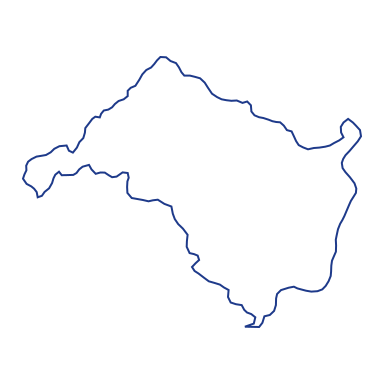 the district of Santana do Paraíso, Minas Gerais, Brazil
{"feature_id": "56859067B5957115857707", "entity_name": "Santana do Paraíso", "entity_type": "district", "adm_level": 2, "iso_a3": "BRA", "parent_name": "Brazil", "parent_adm1": "Minas Gerais", "projection": "mercator", "projection_center": [-42.534, -19.392], "detail": "fine", "context": "isolated", "style": "outline", "palette": "blue", "viewbox_px": 384, "rotation_deg": 0, "n_neighbors": 0, "source": "geoboundaries", "source_scale": "gbopen_adm2", "svg_char_len": 2599}
<svg xmlns="http://www.w3.org/2000/svg" viewBox="0 0 384 384"><path d="M176.0,63.1L170.5,61.0L166.1,57.3L160.4,57.0L157.0,60.4L154.2,64.1L151.1,67.5L146.3,70.0L142.3,74.4L139.4,79.6L135.4,85.8L130.7,87.8L127.7,90.8L127.7,96.1L123.7,99.3L118.6,101.0L114.9,104.0L112.1,107.3L108.3,109.6L103.8,110.5L101.1,113.8L99.8,117.4L95.3,116.7L92.3,118.9L89.3,122.9L85.3,128.1L84.9,132.7L83.3,138.1L79.4,142.1L76.9,147.6L72.9,152.6L68.9,150.7L66.6,145.5L59.4,146.2L54.3,148.8L50.7,152.3L46.0,155.0L41.4,155.8L36.5,156.6L31.5,159.1L28.1,161.7L26.2,165.7L26.4,170.3L24.4,174.5L23.0,178.7L26.6,183.9L31.3,186.4L34.1,188.7L36.7,192.1L37.7,197.3L41.9,195.8L44.6,191.9L49.1,188.3L52.1,183.0L53.5,178.3L55.3,174.7L59.0,171.7L61.7,175.2L66.8,175.1L73.3,174.9L76.5,173.0L79.2,169.4L82.6,166.7L89.0,164.9L91.5,169.4L95.7,173.8L100.4,172.5L104.8,172.6L108.7,175.2L112.1,177.2L116.6,176.6L122.6,172.4L127.7,173.0L128.7,177.8L127.4,181.4L127.1,187.0L127.4,192.9L131.7,198.0L142.9,200.0L148.5,201.3L152.9,200.3L157.8,199.7L164.4,203.9L171.4,206.5L172.8,213.7L174.8,219.1L178.2,224.1L182.9,228.6L187.6,234.8L186.9,241.2L186.7,246.8L189.6,253.1L194.0,254.1L197.7,255.6L199.1,260.0L195.6,263.2L192.0,267.0L194.6,271.0L198.5,273.5L204.5,278.1L208.8,281.3L214.4,282.9L219.9,284.6L224.0,287.5L228.6,290.0L228.0,297.0L230.7,302.5L235.9,304.2L241.7,305.1L244.2,309.8L247.0,312.5L251.3,314.1L255.3,317.3L253.8,323.6L244.9,326.7L259.1,327.0L262.4,322.8L264.4,316.3L269.8,315.0L274.1,310.9L275.9,305.1L276.1,298.4L277.1,294.0L281.0,290.1L288.7,287.7L293.9,286.7L297.4,288.4L301.1,289.4L306.0,290.7L311.3,291.6L317.5,291.2L322.3,289.4L325.7,285.9L328.6,281.2L330.7,276.0L331.1,271.5L331.3,265.7L332.0,260.7L334.1,255.8L335.9,251.7L336.1,245.5L335.8,239.7L336.7,235.2L338.0,229.2L340.2,223.7L342.4,220.0L344.4,216.0L346.9,210.1L349.2,204.7L350.9,200.9L353.3,197.1L355.9,192.9L356.3,188.6L354.5,183.3L349.9,177.2L345.4,172.1L342.6,168.1L341.8,162.9L343.2,158.9L345.5,155.2L349.5,151.0L353.5,146.3L357.8,141.3L361.0,136.3L360.0,130.1L355.9,125.6L352.9,122.5L348.1,118.9L343.5,122.5L340.8,126.9L341.1,132.5L343.5,137.3L339.2,140.4L334.1,143.0L329.9,145.5L325.2,146.7L319.3,147.6L313.9,148.0L308.0,149.3L303.1,147.4L298.7,145.1L296.1,141.1L294.0,136.5L291.6,131.4L286.9,130.1L283.8,125.6L280.1,122.3L276.2,122.0L272.4,121.2L268.6,119.7L263.3,118.0L259.0,117.2L254.5,115.3L251.4,111.5L250.9,105.3L247.2,101.5L242.5,102.9L236.8,100.5L231.4,100.8L226.3,100.2L221.6,99.3L217.1,97.1L212.0,93.7L208.0,87.8L204.7,82.6L200.1,78.3L194.8,76.8L189.9,75.6L184.3,75.6L181.5,72.3L178.9,67.3L176.0,63.1Z" fill="none" stroke="#1e3a8a" stroke-width="2"/></svg>